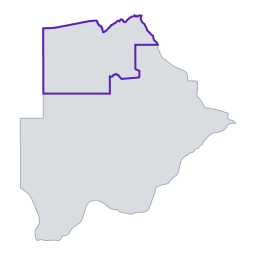 North-West highlighted on a map of Botswana
{"feature_id": "BWA-2629", "entity_name": "North-West", "entity_type": "District", "adm_level": 1, "iso_a3": "BWA", "parent_name": "Botswana", "parent_adm1": "", "projection": "mercator", "projection_center": [23.629, -19.391], "detail": "fine", "context": "in_parent", "style": "outline", "palette": "violet", "viewbox_px": 256, "rotation_deg": 0, "n_neighbors": 0, "source": "natural_earth", "source_scale": "10m", "svg_char_len": 5526}
<svg xmlns="http://www.w3.org/2000/svg" viewBox="0 0 256 256"><path d="M141.5,15.6L141.0,16.8L140.7,18.6L141.1,19.9L142.0,21.6L143.3,23.1L144.4,24.0L145.6,26.3L146.8,29.1L148.4,31.3L153.0,36.3L153.5,38.1L154.2,39.9L157.1,43.3L157.5,44.5L157.4,46.8L160.4,53.8L162.3,57.9L164.0,58.6L169.4,63.0L174.0,66.5L179.5,68.9L183.5,70.5L185.5,71.6L186.5,72.7L187.3,74.8L187.7,78.5L187.9,80.8L192.2,80.8L195.8,81.0L197.0,81.4L197.5,82.1L197.4,83.7L197.4,86.0L197.6,87.9L197.2,89.9L197.0,92.3L196.8,95.2L197.3,96.4L200.8,100.1L202.2,102.5L203.8,106.1L204.7,107.3L205.4,107.7L208.5,108.1L216.6,109.7L221.5,111.1L225.5,112.5L227.1,112.9L227.9,113.3L228.2,113.6L227.7,116.8L227.8,117.8L228.3,118.7L228.9,119.5L229.8,119.9L232.7,120.3L234.5,122.2L235.7,123.1L230.3,123.6L227.6,125.2L226.1,128.1L223.6,130.2L220.3,131.6L216.8,132.5L213.1,133.0L209.2,135.5L205.0,140.0L202.9,142.8L202.8,144.0L201.9,145.0L200.1,145.8L199.1,146.8L198.8,148.0L197.9,148.6L196.2,148.5L195.0,149.4L194.3,151.2L192.9,152.3L190.6,152.7L188.6,153.7L187.0,155.4L185.7,156.2L184.8,156.2L183.4,157.6L181.1,160.7L180.7,162.2L177.6,174.2L175.9,175.6L172.7,178.1L170.0,181.0L168.8,182.8L167.6,183.6L161.5,185.0L159.2,185.8L156.5,187.0L155.8,188.0L155.1,191.7L153.2,197.1L151.7,201.0L150.7,204.4L148.9,208.7L147.4,210.2L145.7,211.5L143.5,212.1L140.4,212.5L137.7,212.4L135.5,212.5L132.5,214.0L129.8,214.1L125.4,213.2L121.8,212.4L120.2,212.2L117.0,209.4L115.0,209.5L111.9,209.2L110.2,208.6L108.6,207.2L105.1,204.3L101.6,202.1L98.6,200.7L95.8,200.1L93.1,200.7L91.0,201.3L90.2,201.6L88.5,202.7L86.9,205.0L85.5,208.4L85.0,210.6L83.5,215.1L81.4,220.6L80.4,222.1L79.3,223.3L77.5,224.4L71.7,228.7L68.8,233.6L67.0,235.0L64.8,235.7L62.9,236.1L61.9,236.9L60.7,239.4L59.7,240.3L58.6,240.6L55.3,240.3L54.2,240.1L45.4,240.6L42.7,239.8L40.8,239.5L37.8,240.5L36.6,239.8L35.6,237.8L35.1,233.6L35.2,230.1L36.9,227.5L38.2,225.5L39.5,223.0L39.7,221.8L39.5,220.8L39.2,218.7L39.0,216.6L37.2,212.0L34.8,205.8L31.7,198.9L30.7,197.1L28.8,194.1L21.5,188.5L20.4,187.7L20.4,187.1L20.4,181.6L20.4,174.4L20.4,167.2L20.4,160.0L20.4,152.8L20.4,145.7L20.3,138.5L20.3,131.4L20.3,124.3L20.3,118.3L25.6,118.3L32.0,118.3L39.7,118.3L43.1,118.3L43.3,117.3L43.3,113.0L43.3,102.9L43.3,92.9L43.3,82.8L43.3,72.9L43.2,62.9L43.2,53.0L43.2,43.1L43.2,33.2L43.2,28.3L49.1,28.0L55.9,27.0L67.0,25.4L77.3,23.4L84.0,22.2L92.0,20.9L94.7,20.6L95.4,20.8L96.5,21.3L100.2,26.2L102.5,30.0L103.0,31.6L103.4,31.7L104.5,31.5L105.7,30.9L109.5,27.1L110.3,26.2L112.7,24.3L115.6,22.5L118.2,21.2L120.8,20.1L122.1,20.4L123.5,21.3L124.8,21.9L130.8,17.4L133.5,16.3L140.5,15.5L141.5,15.6Z" fill="#d9dde1" stroke="#a8b0b8" stroke-width="1"/><path d="M141.5,15.7L140.6,17.7L140.6,18.4L140.7,19.0L141.4,20.6L142.3,22.3L143.0,23.0L143.7,23.4L144.4,24.0L144.9,24.9L145.7,26.7L146.4,27.9L146.6,28.4L146.8,29.4L146.9,29.8L147.2,30.3L148.7,31.9L149.5,32.4L149.8,32.7L150.9,34.3L151.6,34.9L152.4,35.3L153.0,35.9L153.3,36.7L153.4,38.5L154.2,40.3L157.1,42.9L157.7,44.8L135.5,44.8L135.3,44.8L135.4,69.0L135.5,69.2L139.3,70.8L139.4,71.2L139.3,76.9L139.2,77.2L139.1,77.4L138.9,77.5L124.2,78.7L123.9,78.7L123.6,78.7L123.1,78.7L122.3,79.0L121.8,79.0L121.3,78.8L120.9,78.4L120.3,77.4L119.4,76.7L119.1,76.3L118.4,75.1L118.2,75.1L117.8,75.2L117.4,75.1L116.8,74.4L116.5,74.2L116.2,74.0L115.8,74.1L115.5,74.3L114.6,74.4L114.4,74.6L114.0,74.9L113.7,75.0L113.4,75.1L113.2,75.2L113.0,75.3L112.5,76.0L112.6,76.4L112.5,76.5L111.1,76.9L110.8,76.9L110.5,76.8L109.9,76.4L109.8,76.9L109.9,93.6L43.8,93.6L43.4,93.6L43.4,90.6L43.3,87.5L43.3,84.5L43.3,81.4L43.3,78.3L43.3,77.7L43.3,75.3L43.3,72.2L43.3,69.2L43.3,66.1L43.3,63.1L43.3,60.0L43.3,57.0L43.2,53.9L43.2,50.9L43.2,49.0L43.2,47.9L43.2,44.8L43.2,43.8L43.2,42.8L43.2,41.9L43.2,40.9L43.2,39.9L43.2,38.9L43.2,37.9L43.2,36.9L43.2,35.9L43.2,34.9L43.2,34.0L43.2,33.0L43.2,32.0L43.2,31.0L43.2,30.0L43.2,29.0L43.2,28.3L43.6,28.3L44.3,28.3L45.6,28.2L46.9,28.2L48.2,28.1L49.5,28.1L50.6,28.0L51.7,28.0L52.8,27.9L53.8,27.9L54.3,27.9L54.7,27.8L55.1,27.8L55.5,27.7L55.9,27.6L56.3,27.5L58.2,27.2L60.1,26.8L62.1,26.4L64.0,26.0L65.9,25.7L67.9,25.3L69.8,24.9L71.8,24.5L73.7,24.1L75.6,23.8L77.6,23.4L79.5,23.0L81.4,22.6L83.4,22.2L85.3,21.9L87.2,21.5L89.2,21.1L92.0,20.9L93.9,20.7L95.5,20.6L96.4,20.6L96.7,20.8L96.8,20.9L96.8,21.0L96.8,21.3L96.9,21.5L97.1,21.6L97.3,21.6L97.3,22.2L97.3,22.4L97.4,22.5L97.7,22.9L97.9,23.5L98.6,24.3L98.7,24.6L98.8,24.7L98.7,25.1L98.9,25.3L99.1,25.4L99.3,25.4L99.5,25.2L99.9,25.5L100.2,25.9L100.3,26.1L100.6,26.2L100.9,26.2L101.2,26.4L101.3,26.6L101.4,26.9L101.6,27.1L101.8,27.3L101.6,27.7L102.3,28.5L102.5,29.0L102.2,29.5L102.4,29.9L102.8,30.9L103.0,31.9L103.3,32.2L103.7,32.2L104.5,31.9L104.7,31.7L105.3,31.0L105.7,31.0L106.1,30.7L108.2,28.4L108.6,28.3L108.9,28.0L109.3,27.4L109.6,27.1L110.2,26.7L110.6,26.3L110.7,25.5L111.5,24.9L111.8,25.0L112.0,24.9L112.4,24.6L113.1,24.3L113.3,24.1L113.9,23.5L114.1,23.4L114.9,23.2L115.7,22.7L116.8,21.3L117.6,20.9L118.1,20.9L118.6,20.9L118.8,21.0L119.2,21.2L119.4,21.3L119.6,21.1L120.3,19.9L120.6,19.6L121.0,19.4L121.8,19.5L122.3,19.6L122.6,19.8L123.0,20.6L123.1,20.8L123.3,20.8L123.4,21.0L123.4,21.3L124.2,22.1L124.5,22.0L125.6,21.9L125.8,21.8L125.9,21.7L126.2,21.3L126.3,21.2L127.5,19.7L127.8,19.4L128.6,18.9L129.2,18.1L129.4,18.0L129.5,17.9L129.9,17.8L130.1,17.7L130.3,17.4L130.9,17.2L131.4,16.7L131.8,16.6L132.3,16.6L134.0,16.1L134.3,15.8L134.4,15.6L134.5,15.5L134.6,15.8L134.8,16.0L135.0,16.2L135.2,16.3L135.5,16.1L135.7,16.4L136.0,16.4L136.6,16.0L136.9,16.5L137.6,16.4L138.3,16.1L139.1,15.4L140.0,15.4L141.5,15.7Z" fill="none" stroke="#5b21b6" stroke-width="2"/></svg>